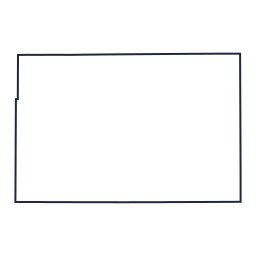 Beaver, Oklahoma, United States of America
{"feature_id": "52423323B54206730940034", "entity_name": "Beaver", "entity_type": "district", "adm_level": 2, "iso_a3": "USA", "parent_name": "United States of America", "parent_adm1": "Oklahoma", "projection": "albers", "projection_center": [-100.56, 36.751], "detail": "fine", "context": "isolated", "style": "outline", "palette": "slate", "viewbox_px": 256, "rotation_deg": 0, "n_neighbors": 0, "source": "geoboundaries", "source_scale": "gbopen_adm2", "svg_char_len": 828}
<svg xmlns="http://www.w3.org/2000/svg" viewBox="0 0 256 256"><path d="M240.1,53.7L239.3,53.7L219.6,53.7L213.4,53.7L196.5,53.8L195.4,53.8L195.0,53.8L193.2,53.8L110.8,54.4L110.5,54.4L101.4,54.5L92.4,54.6L91.5,54.6L81.6,54.7L67.7,54.9L62.4,54.8L60.4,54.8L50.8,54.8L48.9,54.8L39.2,54.9L30.7,54.9L27.7,54.8L18.0,55.0L17.8,99.1L15.9,99.1L15.4,202.0L19.6,202.0L23.8,202.0L31.9,202.0L32.0,202.0L37.8,202.0L39.8,202.0L46.2,202.1L50.4,202.1L51.2,202.1L61.0,202.1L69.8,202.1L73.6,202.2L85.6,202.2L87.8,202.2L101.1,202.2L103.2,202.2L104.5,202.2L112.1,202.2L115.6,202.2L115.6,202.3L115.8,202.3L115.8,202.2L117.7,202.3L137.0,202.2L138.7,202.2L141.7,202.2L143.5,202.2L151.8,202.2L158.1,202.2L162.3,202.2L164.7,202.1L167.8,202.1L198.6,202.0L220.2,201.9L240.6,201.8L240.6,174.2L240.1,53.7Z" fill="none" stroke="#1e293b" stroke-width="2"/></svg>